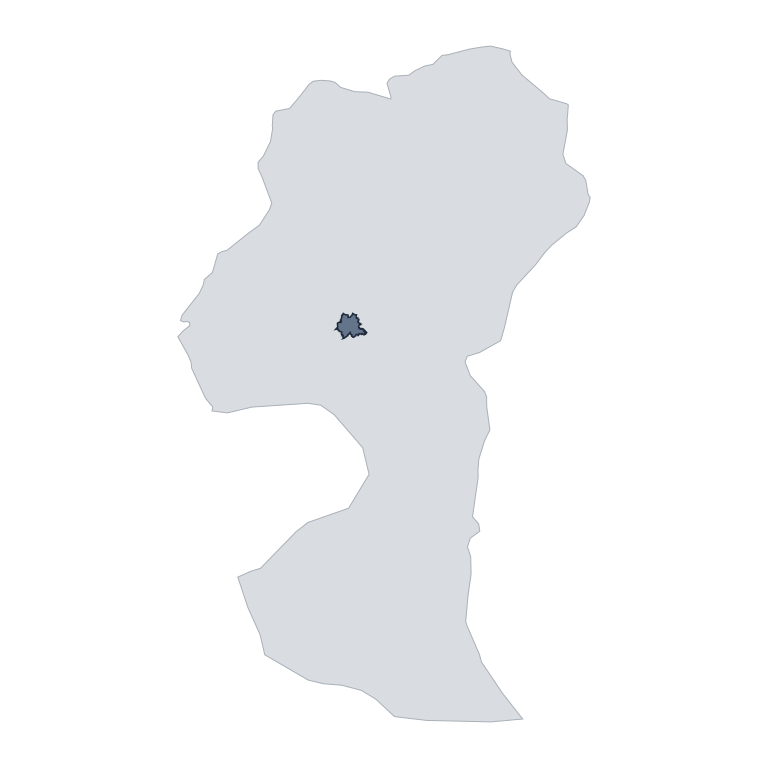 Nītaures pag., Amatas, Latvia shown in context, rotated 270°
{"feature_id": "27541924B33705410668553", "entity_name": "Nītaures pag.", "entity_type": "district", "adm_level": 2, "iso_a3": "LVA", "parent_name": "Latvia", "parent_adm1": "Amatas", "projection": "mercator", "projection_center": [25.207, 57.075], "detail": "fine", "context": "in_parent", "style": "filled", "palette": "slate", "viewbox_px": 768, "rotation_deg": 270, "n_neighbors": 0, "source": "geoboundaries", "source_scale": "gbopen_adm2", "svg_char_len": 5779}
<svg xmlns="http://www.w3.org/2000/svg" viewBox="0 0 768 768"><g transform="rotate(270 384 384)"><path d="M570.7,590.2L565.9,589.4L552.6,584.1L541.3,576.3L534.6,566.0L522.9,551.8L515.2,544.6L503.2,535.5L483.2,516.9L475.9,512.6L440.3,504.4L427.4,500.7L415.5,479.5L411.7,467.2L405.9,465.0L399.5,467.6L392.6,470.1L376.5,484.5L371.3,486.6L361.4,486.7L338.1,489.9L327.6,484.7L309.2,478.9L299.2,478.0L290.4,478.1L251.2,472.5L244.0,478.7L236.8,479.8L229.8,470.2L221.0,467.5L211.4,470.7L193.9,471.1L173.1,468.1L146.7,465.7L142.7,466.8L113.4,479.5L106.1,481.4L74.3,502.8L49.0,522.7L46.1,490.8L47.6,426.6L51.4,394.5L68.9,375.7L77.7,361.1L82.8,341.5L84.3,323.3L87.9,308.2L113.2,264.8L133.3,260.1L160.5,247.9L190.9,237.8L196.7,250.7L199.7,260.5L236.3,296.1L245.6,308.0L259.8,348.6L293.7,369.1L320.3,362.7L331.9,352.7L353.2,334.3L362.8,320.8L364.7,307.8L360.9,251.7L355.1,227.3L357.1,212.0L360.9,212.8L369.9,205.4L399.7,191.7L405.7,191.1L412.5,188.3L431.3,177.8L437.3,183.4L442.3,189.7L445.1,189.8L446.5,187.4L446.1,183.4L447.4,180.5L452.8,182.1L474.5,199.2L482.9,203.2L488.6,204.4L495.5,212.4L514.0,217.7L516.3,221.9L517.7,227.0L535.1,248.7L542.9,259.5L558.3,269.4L564.9,271.8L591.9,261.7L599.5,258.1L605.7,258.1L612.0,263.4L626.5,270.5L639.6,272.7L642.0,272.3L653.1,273.0L656.9,275.8L659.5,289.5L672.1,300.2L683.8,309.2L686.8,313.3L687.7,321.2L687.0,330.5L685.5,335.2L680.6,340.7L676.3,354.7L675.8,367.9L669.0,390.7L670.5,391.1L684.7,387.0L688.7,389.4L691.8,394.4L692.8,408.7L697.4,415.1L702.1,425.1L703.6,432.8L712.6,442.1L713.3,448.1L718.8,469.1L720.9,481.2L721.9,490.6L719.2,502.4L716.8,510.4L714.0,509.9L705.9,512.0L693.2,521.7L674.2,544.3L669.3,549.3L664.3,566.5L663.1,568.3L652.1,567.5L649.1,567.1L638.0,567.4L613.8,562.9L604.5,565.9L592.2,583.2L587.4,585.8L573.2,588.2L570.7,590.2Z" fill="#d9dde1" stroke="#a8b0b8" stroke-width="1"/><path d="M454.6,352.7L454.3,352.6L454.2,352.6L453.7,352.4L453.4,352.3L452.9,351.9L452.5,351.8L452.5,351.6L451.4,350.6L450.8,350.2L450.7,349.7L450.7,349.2L450.7,348.6L450.9,348.3L450.8,348.0L451.6,348.1L452.9,348.1L453.0,347.8L453.0,347.7L453.2,346.9L453.3,346.1L453.2,345.6L454.0,344.0L454.3,343.4L454.5,343.2L454.3,343.1L454.0,343.0L453.9,343.1L453.8,343.3L453.2,342.9L453.0,342.3L452.9,342.0L452.6,341.7L452.4,341.6L452.2,341.8L451.9,341.9L451.6,341.8L451.0,341.9L450.8,341.9L450.7,341.9L450.6,341.7L450.4,341.5L447.9,341.0L447.9,340.6L447.5,340.7L447.4,340.6L447.2,340.7L446.9,340.8L446.7,341.0L446.7,341.3L446.3,341.2L446.0,341.1L445.7,341.0L445.9,340.8L446.2,340.7L446.5,340.4L446.4,340.2L446.1,340.0L445.7,340.0L445.6,339.8L445.6,339.7L445.9,339.4L445.8,339.2L445.4,338.5L445.3,338.1L445.2,337.9L445.0,337.6L444.9,337.5L444.5,337.4L440.8,337.7L440.0,336.8L439.6,336.3L439.0,336.0L438.7,335.7L438.9,336.7L439.3,337.3L439.3,337.7L439.1,338.0L438.8,338.0L438.5,338.0L438.5,337.9L438.4,337.8L438.2,337.8L438.1,338.0L438.1,338.3L437.9,338.5L437.7,338.6L437.6,338.8L437.3,338.7L437.1,338.9L437.3,339.0L437.2,339.2L436.9,339.3L436.7,339.5L436.4,339.8L436.3,340.0L436.5,340.3L436.5,340.5L436.1,341.3L436.0,341.8L435.9,341.8L435.7,341.8L435.5,341.7L435.4,341.7L435.2,341.6L434.5,341.4L434.1,341.3L433.9,341.5L433.7,341.5L433.4,341.7L433.4,341.8L433.3,342.0L433.5,342.3L433.3,342.6L433.2,342.7L433.0,342.8L432.9,342.7L432.7,342.7L432.7,342.8L432.3,342.8L432.2,342.6L432.1,343.1L430.7,343.0L430.6,343.3L430.5,343.6L430.1,343.6L429.5,343.1L429.8,344.0L430.0,344.6L430.7,345.0L431.1,345.7L431.0,346.0L431.9,346.9L432.1,347.2L432.2,347.7L433.0,347.7L433.3,347.8L433.5,347.9L433.6,348.1L433.4,348.0L433.0,347.9L433.3,348.4L433.8,348.8L434.4,349.3L434.7,349.5L434.8,349.5L435.6,350.1L435.4,350.2L435.2,350.3L434.4,350.6L433.6,350.7L433.2,351.0L433.2,351.4L433.3,351.6L433.0,352.0L432.2,351.7L431.8,351.7L431.6,352.0L431.3,352.5L431.1,352.8L430.9,352.8L430.8,353.6L430.8,353.8L431.2,354.1L431.4,354.6L432.1,355.1L432.1,355.4L432.1,355.5L432.2,355.8L432.4,355.8L432.9,355.9L433.1,355.9L433.2,356.2L433.5,356.4L433.5,356.7L433.6,356.9L433.6,357.0L433.3,357.4L432.8,358.0L432.6,358.1L432.8,358.3L433.0,358.4L432.8,358.5L433.1,358.8L433.5,358.9L433.9,359.0L434.3,359.0L434.3,359.3L434.0,360.6L433.7,361.3L433.5,361.7L433.7,361.9L433.8,362.0L434.5,362.2L433.2,363.9L434.1,364.5L433.6,364.9L434.3,365.7L434.4,365.8L434.5,365.8L434.3,365.9L435.4,366.7L435.6,366.5L436.3,365.9L436.2,365.8L436.0,365.7L435.8,365.5L435.7,365.3L435.5,365.2L435.6,364.8L436.2,364.6L436.5,364.5L436.6,364.4L436.9,364.6L437.0,364.4L436.8,364.3L436.9,364.0L436.8,363.7L436.6,363.7L436.7,363.3L436.8,363.7L437.1,363.8L437.1,364.1L437.0,364.3L437.0,364.5L437.4,364.7L437.5,364.8L438.0,364.1L438.4,364.0L438.5,363.9L438.6,363.7L438.7,363.4L438.8,363.4L439.0,363.3L439.1,363.1L439.2,362.9L439.2,362.7L439.3,362.6L439.2,362.4L439.3,362.4L439.3,362.2L439.3,361.8L439.2,361.8L439.3,361.7L439.2,361.5L439.3,361.5L439.4,361.4L439.2,361.1L439.0,360.5L438.9,360.3L438.8,360.0L438.8,359.9L438.8,360.0L439.0,360.0L439.1,359.9L439.3,359.9L439.5,359.8L439.5,359.7L439.6,359.8L439.8,359.8L440.0,359.8L440.2,359.7L440.3,359.6L440.4,359.4L440.3,359.2L440.5,358.9L440.7,358.6L441.4,358.7L442.7,359.1L443.1,359.3L443.4,360.3L443.3,360.6L443.4,360.8L443.5,360.8L443.5,360.7L443.6,360.8L443.6,360.7L443.8,360.6L444.1,360.5L444.2,360.4L444.3,360.4L444.5,360.3L444.5,360.2L444.4,360.2L444.2,359.9L444.3,359.8L444.2,359.8L444.3,359.7L444.2,359.7L444.3,359.7L444.4,359.4L444.5,359.3L444.8,359.3L444.9,359.1L444.9,358.9L445.1,358.7L445.5,358.4L445.8,358.1L445.9,357.9L446.0,357.8L446.3,357.8L446.8,357.9L446.8,358.1L446.6,358.2L446.8,358.5L447.1,358.6L448.4,358.9L448.6,358.8L448.8,358.8L449.3,357.6L450.1,357.6L449.7,356.7L450.8,356.2L452.0,356.2L452.4,356.3L452.6,356.3L453.1,356.5L453.2,355.9L453.2,354.8L453.5,354.2L453.9,354.0L454.0,353.8L454.6,352.7Z" fill="#64748b" stroke="#1e293b" stroke-width="1.5"/></g></svg>